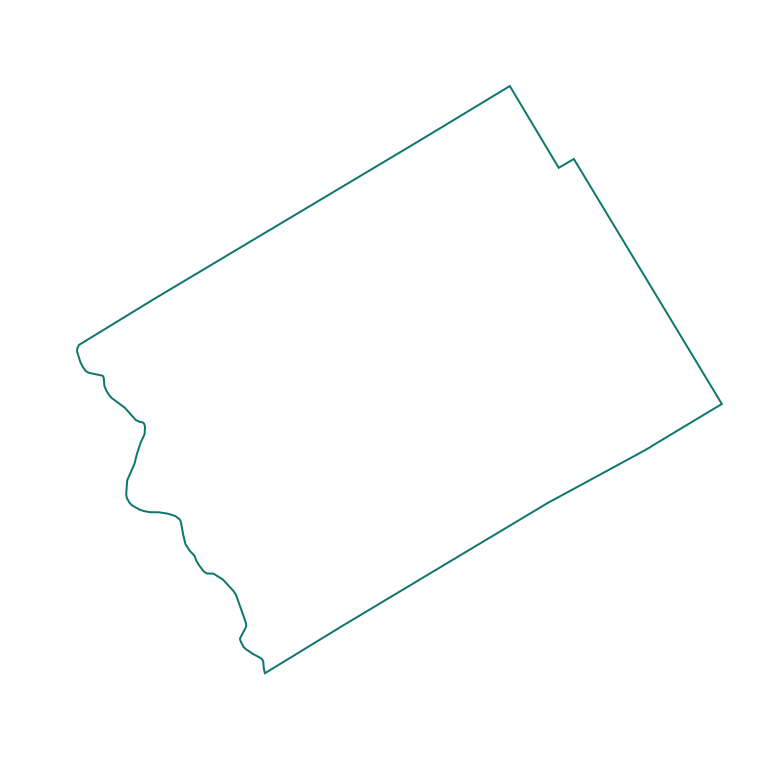 outline of St. Croix, Wisconsin, United States of America, rotated 329°
{"feature_id": "52423323B83596811379521", "entity_name": "St. Croix", "entity_type": "district", "adm_level": 2, "iso_a3": "USA", "parent_name": "United States of America", "parent_adm1": "Wisconsin", "projection": "equal_earth", "projection_center": [-92.697, 45.034], "detail": "fine", "context": "isolated", "style": "outline", "palette": "teal", "viewbox_px": 768, "rotation_deg": 329, "n_neighbors": 0, "source": "geoboundaries", "source_scale": "gbopen_adm2", "svg_char_len": 1198}
<svg xmlns="http://www.w3.org/2000/svg" viewBox="0 0 768 768"><g transform="rotate(329 384 384)"><path d="M645.3,193.4L538.8,193.7L231.5,192.7L142.5,193.4L139.0,196.0L137.5,198.4L135.0,209.0L134.6,214.4L135.1,219.5L136.7,222.3L147.1,232.0L147.0,234.3L143.4,241.5L142.6,246.5L142.7,252.0L143.4,255.9L149.6,270.8L152.7,287.1L152.8,287.1L155.0,290.5L157.0,292.1L157.9,294.2L157.8,295.2L157.1,297.6L153.4,303.1L151.8,304.5L145.5,308.7L136.1,316.8L129.0,323.9L114.4,334.2L114.0,334.8L113.7,335.1L106.6,345.2L105.5,347.3L104.8,349.7L104.7,354.5L105.5,358.3L109.7,365.7L112.9,369.4L117.4,373.4L125.0,378.0L132.1,384.0L136.9,389.4L139.0,394.2L139.1,396.3L138.6,398.3L133.9,410.8L131.3,419.2L131.6,427.0L133.1,433.5L132.1,438.8L132.1,443.5L132.8,450.9L133.6,453.4L134.7,455.3L140.1,458.7L145.2,468.7L148.4,484.1L148.5,488.7L144.4,509.0L142.7,517.1L141.8,519.5L141.1,520.7L139.6,521.8L129.7,527.8L128.9,529.2L128.5,531.4L128.2,537.1L129.0,540.2L132.6,547.8L137.2,555.5L137.8,557.4L137.6,559.6L134.7,565.4L133.0,570.4L133.0,570.6L224.5,569.9L361.1,570.1L463.4,570.3L567.2,574.9L579.4,575.3L582.6,575.1L663.3,575.1L662.6,288.9L645.1,288.7L645.3,193.4Z" fill="none" stroke="#0f766e" stroke-width="2"/></g></svg>